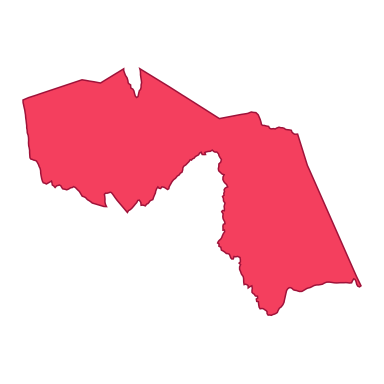 outline of Barra da Estiva, Bahia, Brazil
{"feature_id": "56859067B26480186624590", "entity_name": "Barra da Estiva", "entity_type": "district", "adm_level": 2, "iso_a3": "BRA", "parent_name": "Brazil", "parent_adm1": "Bahia", "projection": "equal_earth", "projection_center": [-41.099, -13.681], "detail": "fine", "context": "isolated", "style": "filled", "palette": "rose", "viewbox_px": 384, "rotation_deg": 0, "n_neighbors": 0, "source": "geoboundaries", "source_scale": "gbopen_adm2", "svg_char_len": 4888}
<svg xmlns="http://www.w3.org/2000/svg" viewBox="0 0 384 384"><path d="M361.0,285.8L356.7,276.9L353.7,270.2L324.8,204.7L309.1,169.2L308.1,167.0L307.4,165.5L297.6,134.1L296.0,134.2L294.5,134.2L293.1,133.2L292.0,132.2L291.3,130.3L289.4,129.9L287.4,129.7L285.5,129.4L284.4,128.4L282.6,127.8L280.7,127.7L279.0,127.2L276.8,128.0L275.1,129.0L273.7,128.6L271.2,128.9L269.6,128.2L268.6,126.4L266.3,126.0L264.2,125.4L262.6,125.4L261.5,124.5L261.0,122.2L260.2,119.5L259.2,117.1L258.2,114.8L255.9,112.6L253.5,112.4L251.3,112.0L249.7,112.6L248.1,113.3L246.1,113.7L241.4,114.4L219.4,118.6L184.1,96.2L182.6,95.3L169.6,87.0L139.8,68.7L140.3,70.5L140.5,73.0L140.5,74.9L141.0,78.3L141.4,80.8L141.6,82.7L141.1,84.9L141.1,87.2L140.5,89.5L139.4,90.6L138.8,92.8L138.0,96.6L136.6,97.5L135.3,96.1L134.6,93.8L133.9,90.9L132.9,89.2L130.8,87.9L130.6,84.9L129.2,84.0L128.2,82.9L127.9,80.7L127.1,77.9L125.5,75.5L124.5,72.9L123.7,70.6L123.7,68.8L100.5,83.0L93.6,81.7L89.6,81.1L85.8,80.4L82.0,79.8L39.5,94.0L37.0,94.9L28.6,97.6L23.0,100.0L23.1,102.7L23.5,104.4L24.0,106.8L24.8,110.3L25.1,112.5L25.5,114.9L25.7,117.7L26.1,120.5L26.4,123.2L26.7,125.6L26.7,127.9L27.1,129.9L27.3,132.9L28.2,135.4L28.5,137.7L28.6,140.3L28.5,142.9L28.7,145.8L29.2,147.8L29.6,150.4L29.6,152.7L29.8,155.5L30.0,157.8L30.9,159.1L32.2,159.4L33.7,160.1L35.0,160.4L36.3,160.9L37.2,162.2L38.5,164.6L39.2,166.6L40.1,168.4L40.6,170.7L40.7,173.1L41.1,175.7L41.7,178.7L42.4,181.1L43.3,182.8L44.6,183.1L46.4,184.0L51.5,181.1L52.0,183.0L52.3,185.0L53.6,185.8L55.1,187.5L56.6,185.8L58.3,185.4L59.5,185.0L60.9,185.9L61.9,187.7L62.8,188.9L64.7,189.2L66.8,189.8L68.7,189.0L70.6,187.8L72.4,187.5L73.6,186.6L75.4,187.5L77.6,189.8L79.4,191.5L81.0,194.2L82.2,196.2L84.3,196.9L85.7,197.7L86.7,198.9L87.8,199.9L89.4,200.8L90.9,201.9L92.2,203.0L103.9,206.5L106.5,206.6L105.6,204.7L105.1,203.0L104.9,201.4L105.0,199.2L104.8,196.8L104.4,194.3L105.5,193.2L107.2,193.2L108.6,192.8L110.2,192.2L111.4,192.6L112.8,194.3L115.3,197.9L117.1,200.3L127.4,212.5L128.5,210.6L130.2,209.7L131.8,208.3L133.3,206.6L134.3,205.4L135.5,203.9L136.7,202.6L137.8,200.4L139.3,200.1L140.8,202.4L141.1,205.3L142.6,205.1L144.0,205.4L145.3,205.9L146.7,204.1L147.9,203.6L149.0,202.4L149.8,201.1L151.0,200.3L152.8,199.6L153.6,197.2L154.6,194.8L155.4,193.0L155.7,191.2L156.5,189.0L157.9,186.9L159.0,188.2L160.6,188.5L162.0,186.8L164.2,187.3L166.1,188.5L167.6,189.5L168.8,188.7L169.2,186.7L170.6,184.2L172.0,181.7L173.6,179.7L175.5,178.3L177.3,176.0L179.2,174.9L180.3,173.2L182.0,172.2L182.7,169.9L182.9,167.7L183.9,166.1L185.8,164.9L187.5,163.1L189.0,161.6L190.2,159.7L191.5,160.1L192.5,158.8L194.0,158.3L195.1,156.9L196.3,156.0L198.5,154.9L199.7,153.0L201.1,152.2L202.2,154.5L204.2,154.6L205.5,154.5L204.8,152.5L206.0,152.0L207.9,151.5L210.3,151.3L212.3,150.1L213.8,151.5L215.1,152.1L216.8,152.0L218.5,153.8L219.0,155.7L220.0,157.5L221.4,159.6L220.7,162.2L218.9,163.9L218.8,166.5L218.3,168.8L218.7,170.8L220.1,172.2L222.2,174.1L224.1,174.7L223.0,177.0L222.9,179.6L223.9,181.7L225.2,183.3L226.6,184.5L227.7,186.9L226.2,187.5L225.0,188.3L224.1,189.8L224.5,191.7L223.8,193.2L224.0,195.3L222.5,196.4L223.4,198.5L223.5,200.9L225.0,203.1L224.1,206.3L224.4,208.9L224.3,210.7L222.5,210.5L221.7,211.7L223.1,213.7L222.8,216.7L223.1,218.8L224.7,221.8L225.0,223.7L223.4,224.3L222.9,226.0L223.0,228.2L223.0,230.2L224.4,230.0L224.7,231.7L223.4,233.5L222.4,235.7L221.6,237.8L220.7,239.1L219.4,240.2L218.3,241.5L217.6,243.0L219.1,244.0L218.9,246.2L220.8,247.2L221.4,250.1L223.5,251.2L225.0,252.3L226.3,253.5L227.8,253.6L229.3,254.2L230.0,255.8L230.7,257.8L231.8,259.0L233.3,258.9L234.0,256.5L235.5,256.8L237.7,256.4L240.0,257.5L240.4,259.9L240.4,261.9L239.1,263.1L240.6,264.6L239.6,266.8L239.6,269.4L240.6,271.7L241.3,273.8L242.2,275.2L243.2,276.5L243.6,278.6L243.7,282.0L244.1,284.6L245.6,284.2L246.9,284.7L248.1,285.5L248.2,287.9L249.8,286.7L251.8,285.8L252.3,288.4L252.0,290.1L252.0,292.3L253.0,293.4L254.3,294.3L255.4,296.0L257.5,296.2L257.7,298.1L256.3,299.0L256.7,301.4L258.4,301.7L258.6,304.2L259.1,307.1L260.1,308.8L261.9,308.5L263.3,308.7L264.7,309.7L266.0,310.5L267.0,311.6L267.1,313.6L268.1,315.1L269.7,315.0L271.4,315.3L273.0,314.5L274.5,314.1L275.8,313.5L277.3,312.5L278.1,310.5L279.4,308.2L281.2,306.9L282.9,304.7L284.0,302.3L284.4,300.2L285.1,297.1L285.8,293.9L286.6,290.5L287.8,288.7L289.2,287.7L290.8,287.7L292.3,288.6L293.4,289.8L295.1,290.3L296.5,290.5L297.8,291.0L299.7,291.5L301.9,291.4L303.5,290.5L305.0,289.6L307.0,288.4L308.6,287.9L310.0,287.6L311.7,286.8L313.9,285.6L315.3,285.2L316.9,284.9L318.5,284.9L320.4,284.6L322.4,284.2L324.5,283.0L326.5,282.2L327.8,282.1L329.5,282.1L331.0,282.3L332.9,282.6L334.3,282.8L335.9,282.9L337.2,282.9L338.9,282.8L340.3,282.7L342.2,282.7L344.3,282.7L345.8,282.6L347.3,282.7L349.5,283.0L351.6,282.8L352.5,280.7L353.8,278.8L355.1,279.5L356.0,281.5L356.7,284.3L357.7,286.1L359.5,286.9L361.0,285.8Z" fill="#f43f5e" stroke="#9f1239" stroke-width="1.5"/></svg>